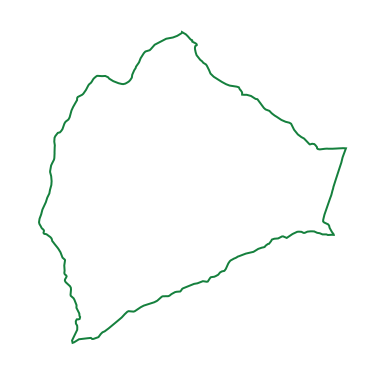 Cevallos, Tungurahua, Ecuador, rotated 184°
{"feature_id": "8360857B65795256666582", "entity_name": "Cevallos", "entity_type": "district", "adm_level": 2, "iso_a3": "ECU", "parent_name": "Ecuador", "parent_adm1": "Tungurahua", "projection": "robinson", "projection_center": [-78.612, -1.35], "detail": "fine", "context": "isolated", "style": "outline", "palette": "green", "viewbox_px": 384, "rotation_deg": 184, "n_neighbors": 0, "source": "geoboundaries", "source_scale": "gbopen_adm2", "svg_char_len": 4372}
<svg xmlns="http://www.w3.org/2000/svg" viewBox="0 0 384 384"><g transform="rotate(184 192 192)"><path d="M47.6,159.1L47.7,159.6L49.8,162.1L51.1,164.1L52.2,165.8L52.9,168.0L53.9,169.2L58.0,170.8L59.1,171.7L59.2,173.2L58.9,175.1L58.3,178.6L53.9,194.9L52.8,198.7L51.9,203.6L51.6,204.7L51.4,205.8L51.3,206.8L49.6,213.8L46.5,226.2L45.1,231.7L44.2,237.0L41.5,246.3L43.9,246.3L47.3,245.9L54.5,245.0L60.6,244.6L61.9,244.5L67.5,243.4L69.3,243.6L70.2,244.2L70.5,245.5L72.0,247.2L73.3,248.3L75.5,248.5L77.7,247.7L78.3,248.0L81.9,251.3L84.0,253.2L86.7,254.4L90.4,256.8L94.5,261.2L97.9,267.0L99.7,267.9L103.6,268.6L107.8,270.1L112.9,273.0L113.9,273.5L115.0,274.1L117.6,275.8L118.8,276.8L120.4,278.3L124.4,279.5L126.2,280.9L133.2,289.1L135.1,289.3L139.8,291.9L144.3,292.8L146.9,292.6L148.8,292.6L149.0,294.9L149.9,296.1L150.5,296.9L151.2,297.4L151.9,298.5L152.6,299.7L154.7,300.2L161.9,300.8L165.5,301.9L169.9,303.9L178.4,308.5L181.8,311.4L183.5,314.8L186.1,319.2L187.1,320.3L188.1,320.8L189.8,321.7L190.2,322.2L191.2,323.2L193.0,324.4L196.9,328.7L197.1,329.1L198.1,331.6L198.6,333.4L199.0,334.8L199.1,335.7L199.1,336.5L199.0,337.3L198.9,337.6L198.7,338.0L198.0,338.4L197.5,338.8L197.5,339.2L197.6,339.5L198.0,340.1L199.7,341.0L200.1,341.2L200.4,341.2L202.3,342.1L202.3,342.4L202.3,342.9L202.3,343.2L202.4,343.3L202.5,343.4L202.8,343.6L203.1,343.6L203.3,343.7L203.5,343.7L204.6,344.6L207.1,347.1L209.2,348.9L209.4,349.0L213.1,350.8L213.1,350.0L216.1,347.8L217.7,346.7L221.8,344.8L228.4,343.1L239.5,336.3L243.0,331.7L244.1,330.5L248.3,328.9L249.7,327.2L252.6,321.8L253.9,317.6L256.6,313.1L256.9,311.6L258.1,309.5L259.8,304.8L260.0,301.9L261.4,299.4L262.6,297.9L263.9,296.9L266.0,295.5L268.2,294.8L269.9,294.9L272.9,295.4L278.3,297.1L282.5,299.3L283.7,300.6L286.6,301.7L289.9,301.3L294.2,301.3L294.8,301.2L295.4,300.8L296.2,300.1L297.4,298.9L298.1,298.1L298.7,297.1L299.4,295.6L299.7,295.1L300.2,294.2L300.8,293.5L302.0,292.4L302.5,291.7L302.9,291.0L304.9,286.4L307.3,282.4L308.4,281.3L312.6,278.8L313.1,277.8L313.1,275.5L313.5,274.8L316.5,268.6L317.9,264.9L319.3,257.9L320.3,255.7L323.0,253.3L324.0,251.5L325.6,245.7L326.7,243.8L327.9,242.3L330.0,241.6L332.2,238.3L332.9,236.5L332.9,232.6L332.1,229.0L332.1,226.8L331.9,221.8L331.8,221.0L331.7,216.3L331.9,214.7L333.3,211.4L333.4,211.2L334.4,208.6L335.0,202.9L334.9,201.8L333.6,198.0L332.8,193.0L332.8,189.2L333.8,184.2L334.2,180.6L336.0,176.2L337.1,171.6L338.1,169.0L340.0,164.0L340.9,159.1L342.2,154.7L342.5,151.2L342.0,149.5L340.5,147.3L339.7,145.9L338.9,145.0L338.1,144.5L337.3,143.7L337.0,143.2L337.0,142.4L337.3,141.1L337.2,140.7L336.4,139.9L335.6,139.9L334.2,139.7L330.1,137.1L329.4,136.4L328.8,135.7L327.9,133.2L326.8,132.1L325.7,130.8L323.4,128.3L322.2,127.0L321.2,125.8L319.0,122.7L316.6,117.5L314.1,115.6L313.9,115.0L314.3,109.8L313.6,104.7L313.7,102.5L313.5,101.6L312.9,100.8L312.1,100.3L311.6,99.9L311.2,99.1L311.6,97.9L312.6,95.9L312.6,94.6L311.7,93.2L307.1,89.5L306.2,88.1L305.9,86.3L306.0,81.0L305.7,80.0L302.7,77.7L301.8,76.3L299.3,71.1L299.2,68.4L296.0,63.0L295.6,60.6L294.9,59.5L295.2,57.6L296.1,57.1L298.1,56.9L298.9,55.0L298.6,52.6L297.3,50.8L297.0,49.2L296.9,46.5L301.3,35.5L300.6,33.2L299.2,33.8L294.5,37.2L286.1,38.8L282.7,39.4L281.3,38.4L280.0,38.6L275.2,40.7L273.1,44.0L271.5,45.8L269.4,46.9L265.7,50.1L261.4,54.2L261.3,54.3L256.8,58.6L253.4,61.9L252.1,63.5L250.6,65.4L248.2,68.0L247.0,68.7L242.1,68.6L240.9,69.0L235.1,73.5L232.2,75.3L221.9,79.4L220.6,80.2L220.3,80.4L220.2,80.4L220.1,80.5L219.1,81.1L214.9,85.4L214.0,85.9L210.1,86.3L209.9,86.3L208.5,86.4L207.2,87.0L205.4,88.7L202.0,90.9L200.4,91.4L197.7,91.8L196.9,91.9L196.3,92.5L195.0,94.7L194.2,95.3L183.5,100.5L180.2,101.3L174.9,103.8L171.0,103.5L170.0,103.8L168.1,107.2L167.4,108.2L166.1,108.6L163.9,109.0L162.4,109.8L160.1,111.3L158.4,113.7L156.8,114.8L154.2,115.6L152.9,117.6L150.8,123.3L149.5,125.5L148.7,126.4L145.3,128.6L144.0,129.2L142.9,129.9L141.9,130.7L140.7,131.2L134.0,134.3L126.5,136.6L121.9,139.9L118.1,141.5L117.8,141.5L116.0,142.1L115.4,142.6L114.9,143.5L112.7,145.4L111.6,145.7L109.7,148.5L109.0,150.1L106.7,151.1L102.8,151.7L99.2,153.9L98.1,154.1L94.3,152.8L88.8,157.1L84.7,159.4L84.4,159.6L83.3,159.8L83.2,159.8L82.7,159.9L80.0,159.9L77.9,159.0L76.7,159.1L74.1,160.5L70.6,161.1L67.4,161.2L64.2,160.0L61.8,159.8L58.8,158.8L55.1,159.1L53.4,158.6L49.4,159.1L48.7,159.1L47.6,159.1Z" fill="none" stroke="#15803d" stroke-width="2"/></g></svg>